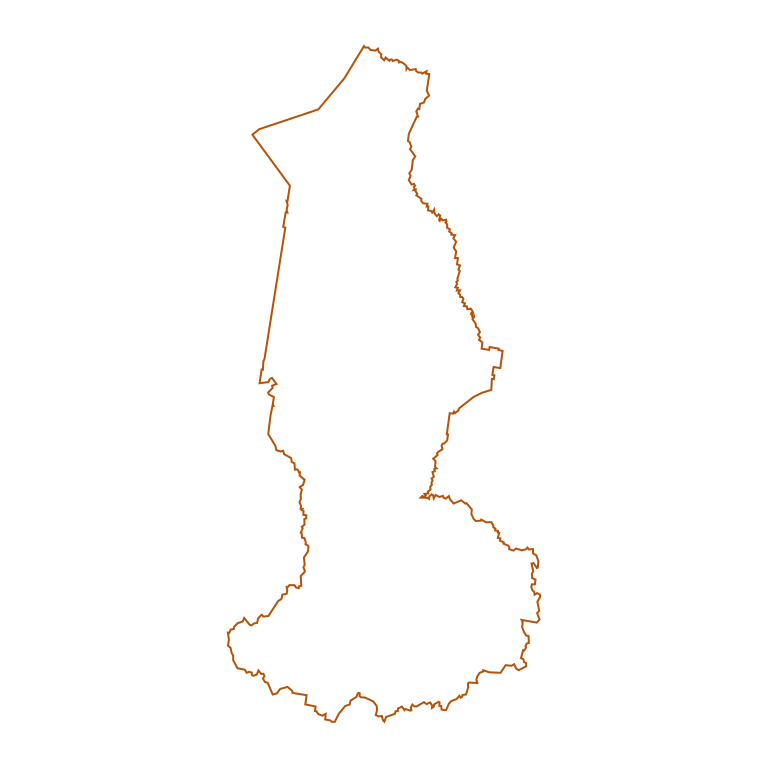 Gwydir, New South Wales, Australia
{"feature_id": "25037944B33520850609711", "entity_name": "Gwydir", "entity_type": "district", "adm_level": 2, "iso_a3": "AUS", "parent_name": "Australia", "parent_adm1": "New South Wales", "projection": "natural_earth1", "projection_center": [150.613, -29.498], "detail": "fine", "context": "isolated", "style": "outline", "palette": "amber", "viewbox_px": 768, "rotation_deg": 0, "n_neighbors": 0, "source": "geoboundaries", "source_scale": "gbopen_adm2", "svg_char_len": 6090}
<svg xmlns="http://www.w3.org/2000/svg" viewBox="0 0 768 768"><path d="M364.0,46.1L344.3,78.4L318.3,109.4L259.2,129.2L252.4,134.7L289.9,185.7L287.5,201.0L286.5,200.8L287.7,204.9L286.6,209.9L287.4,212.6L285.7,212.3L283.2,226.9L285.3,227.6L264.5,358.9L263.4,361.2L262.9,369.7L261.6,369.5L259.6,383.2L268.4,382.1L270.0,378.9L272.0,377.9L276.5,384.0L272.1,385.7L272.7,387.8L268.1,392.5L268.8,394.4L273.9,397.0L272.8,403.9L273.5,405.8L272.5,405.6L270.6,415.2L268.2,434.0L275.4,445.8L276.4,450.2L280.8,451.5L283.2,450.8L284.1,454.2L291.2,458.1L291.7,462.0L294.5,463.4L294.9,469.6L297.3,469.4L298.3,470.4L298.9,472.3L299.9,472.2L299.6,475.7L304.6,479.7L303.1,484.8L299.7,487.1L301.9,489.6L300.6,494.6L300.9,498.9L299.5,502.3L301.1,506.2L300.6,508.8L302.5,509.0L301.8,510.0L303.6,511.1L303.3,514.8L306.3,515.2L306.1,518.3L304.3,519.1L304.5,524.7L301.8,526.8L302.7,528.2L300.8,532.8L301.6,533.1L302.1,537.8L304.3,537.9L305.8,541.9L305.5,544.3L308.1,545.6L308.5,547.3L307.9,551.5L303.9,557.6L304.7,564.6L303.4,567.5L304.8,570.5L304.6,572.0L300.7,576.1L301.3,585.9L299.1,586.3L298.7,588.2L295.9,587.5L294.6,585.2L289.4,585.1L288.4,586.6L286.6,586.9L287.3,590.4L286.6,593.8L282.4,594.6L281.4,599.0L278.2,601.0L268.4,616.0L263.4,616.6L261.9,614.8L260.8,615.4L258.1,618.5L257.1,622.9L254.0,623.4L251.7,625.3L249.9,625.0L244.2,618.0L242.7,621.5L237.6,623.2L234.0,626.9L233.8,629.0L230.7,629.5L229.3,632.8L227.9,632.6L228.9,639.6L228.0,645.7L230.6,647.9L231.7,653.3L233.2,655.4L233.1,659.9L237.4,668.2L244.8,669.7L246.7,672.8L248.9,671.8L251.7,672.5L251.9,675.1L253.5,675.8L256.9,674.4L258.4,670.5L261.2,673.9L263.4,673.8L264.5,676.0L263.0,678.5L264.9,682.0L267.6,682.6L272.7,694.5L276.9,693.4L280.1,689.0L287.5,686.9L292.4,691.0L292.5,692.9L306.6,695.2L305.3,704.4L315.6,706.5L314.9,711.0L316.3,711.2L318.3,714.1L322.4,715.6L325.7,713.9L325.2,719.5L330.2,720.4L332.1,721.9L334.8,721.8L338.7,713.9L345.2,706.0L349.7,704.5L350.6,700.6L356.5,696.9L357.8,693.4L358.9,692.8L359.7,693.2L359.7,696.4L361.0,697.3L364.9,697.5L373.2,701.4L376.6,705.8L377.1,709.7L375.8,715.1L379.1,716.5L381.8,716.0L383.1,720.6L384.4,721.7L386.0,717.0L394.9,713.8L395.5,711.3L397.8,711.1L398.1,708.5L401.8,706.6L404.4,710.1L405.3,709.0L410.7,710.7L411.4,710.3L410.8,707.4L412.4,704.6L414.3,706.3L416.5,706.5L423.9,702.2L426.6,704.1L430.1,702.4L432.2,705.6L432.0,707.9L433.7,706.8L434.1,704.4L438.7,701.8L439.5,702.5L439.4,705.9L441.2,706.0L441.7,709.7L446.1,710.1L448.9,703.6L451.2,701.1L456.6,699.0L459.4,695.8L460.7,697.7L462.2,696.8L462.5,695.0L466.0,694.5L468.2,687.3L467.9,683.5L468.9,682.5L477.4,683.0L476.3,679.7L477.4,676.2L479.7,672.8L483.1,671.5L483.2,670.2L489.2,672.3L500.6,672.8L505.6,665.2L511.5,665.8L514.1,664.2L516.2,668.6L518.7,670.2L526.1,666.3L526.1,663.1L524.1,662.0L523.3,659.1L521.0,658.2L523.1,650.2L524.2,650.5L526.0,647.6L525.5,646.2L526.6,643.6L528.9,642.9L528.5,635.9L526.3,635.6L524.0,632.0L522.1,627.2L522.7,622.1L521.6,619.9L536.7,622.6L539.5,619.5L537.1,613.1L539.2,610.8L537.4,601.7L540.1,597.0L540.0,594.7L537.1,593.1L534.6,594.7L534.2,591.9L532.2,589.9L531.3,587.0L531.9,584.3L534.9,584.3L535.5,579.6L532.2,578.1L531.9,573.6L533.3,571.5L531.5,563.6L533.5,563.1L537.0,568.1L537.8,567.5L538.4,561.3L536.2,555.2L533.1,553.5L533.0,549.1L528.9,549.5L527.5,547.6L525.9,549.3L521.8,550.3L516.0,548.5L513.5,550.6L509.2,549.2L509.3,546.9L508.0,545.5L503.5,543.7L503.8,542.4L500.0,540.7L500.4,538.4L497.8,537.9L499.2,532.8L497.8,532.5L498.0,531.0L495.1,530.4L495.4,528.6L493.3,527.3L493.4,525.4L491.3,522.1L486.1,522.3L481.2,519.6L480.7,520.7L475.8,521.0L473.6,518.9L471.4,514.0L471.8,509.5L466.5,503.2L465.4,503.6L461.3,500.3L453.6,503.5L450.1,499.4L448.9,496.1L445.7,498.6L443.7,497.8L442.9,495.9L439.5,497.0L435.6,495.0L433.8,498.4L433.0,495.1L431.5,494.4L429.4,496.4L429.1,498.9L427.4,497.8L420.7,497.6L422.2,496.0L424.6,496.9L425.7,495.5L424.5,494.0L428.3,493.4L428.0,491.5L430.6,489.5L430.2,486.8L431.8,485.0L431.5,482.6L432.6,480.2L431.6,478.6L433.8,476.7L432.5,472.1L434.8,471.2L434.3,469.1L436.6,468.3L435.1,467.1L435.5,461.0L433.2,458.7L437.6,455.0L437.0,453.4L438.1,452.0L442.4,449.2L441.6,445.5L442.5,443.7L444.3,443.4L447.2,440.4L448.0,434.5L446.8,434.3L449.7,413.2L453.2,413.6L454.0,411.6L455.0,413.2L458.6,410.3L458.8,408.6L473.5,397.0L481.9,392.8L491.3,389.9L491.9,378.9L493.8,379.2L494.4,375.3L492.4,374.9L493.6,367.0L500.3,368.1L502.6,350.9L498.5,350.0L498.7,348.6L489.6,347.1L489.1,349.9L481.6,348.7L482.4,342.4L479.0,339.9L480.2,337.6L478.0,334.8L479.9,332.2L478.1,328.2L476.0,326.9L475.5,323.3L472.5,319.3L473.1,318.0L471.8,317.8L474.1,317.3L473.8,315.3L472.2,316.0L472.1,314.6L471.0,314.2L471.4,312.8L473.1,313.0L472.8,311.7L470.8,308.6L467.4,309.2L466.8,306.3L463.9,306.1L465.0,303.3L462.2,302.3L463.4,298.7L462.2,297.1L460.1,296.8L460.2,294.9L458.4,293.2L460.0,290.3L456.8,290.6L457.9,287.8L455.3,287.3L457.0,284.0L456.4,281.8L457.8,280.6L457.4,278.6L459.8,271.0L458.4,269.5L460.0,265.4L457.0,264.4L457.9,258.1L455.0,258.0L456.2,251.4L453.7,247.6L456.1,241.8L453.3,238.2L455.1,235.2L451.4,234.7L451.8,233.4L449.2,231.5L449.9,229.2L447.1,227.8L447.2,224.5L445.4,222.5L446.5,221.2L446.0,219.6L442.9,220.4L441.3,218.8L439.7,220.9L439.1,220.1L440.2,215.5L438.7,214.3L436.9,216.2L434.5,213.3L434.2,209.5L432.2,212.6L431.0,210.9L428.0,210.4L428.4,206.5L426.7,206.6L427.5,203.8L423.2,203.3L421.2,200.9L421.4,198.7L416.3,195.3L417.3,193.9L415.4,191.0L415.9,189.6L413.6,190.0L414.6,188.6L413.9,186.9L415.1,185.7L414.0,183.9L411.6,184.6L408.7,180.0L410.7,175.9L409.3,173.4L411.8,169.5L412.8,160.0L415.3,156.3L410.0,149.2L411.3,146.5L409.6,142.1L408.0,141.0L408.8,133.9L416.7,116.8L418.0,116.7L416.3,111.3L418.0,108.5L419.3,109.0L420.0,103.8L424.0,102.5L425.2,99.0L429.1,95.6L426.8,90.8L429.3,74.1L426.0,73.6L426.5,71.3L422.2,73.6L421.4,72.5L418.1,72.5L416.0,70.8L415.7,69.1L409.8,70.0L407.2,67.5L406.5,68.8L406.4,66.0L404.4,64.0L401.2,62.0L399.0,62.4L399.1,61.1L396.7,59.6L392.7,61.0L391.9,59.5L390.2,59.6L389.3,60.8L385.7,57.5L384.1,60.3L381.0,57.2L381.3,54.3L378.7,51.9L377.9,48.7L375.4,50.6L370.6,50.0L368.3,47.5L365.1,47.6L364.0,46.1Z" fill="none" stroke="#b45309" stroke-width="2"/></svg>